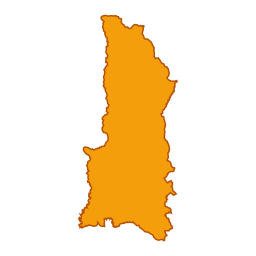 outline of Muhanga, Southern, Rwanda
{"feature_id": "39286606B71619932434084", "entity_name": "Muhanga", "entity_type": "district", "adm_level": 2, "iso_a3": "RWA", "parent_name": "Rwanda", "parent_adm1": "Southern", "projection": "robinson", "projection_center": [29.724, -1.939], "detail": "fine", "context": "isolated", "style": "filled", "palette": "amber", "viewbox_px": 256, "rotation_deg": 0, "n_neighbors": 0, "source": "geoboundaries", "source_scale": "gbopen_adm2", "svg_char_len": 5868}
<svg xmlns="http://www.w3.org/2000/svg" viewBox="0 0 256 256"><path d="M170.6,223.2L169.1,221.5L169.3,220.8L168.8,220.2L169.0,219.9L168.5,218.5L168.1,218.3L167.3,218.6L166.3,216.9L164.9,215.8L165.3,214.8L165.9,215.0L166.0,213.5L168.7,213.1L169.0,211.9L171.3,213.1L170.7,210.7L170.9,209.4L169.8,208.2L168.3,207.8L167.3,207.0L165.4,206.5L165.0,205.9L165.1,204.3L164.6,203.9L164.9,202.5L166.2,201.3L166.5,201.5L166.7,200.4L166.5,199.9L167.2,199.3L166.6,198.8L166.9,198.6L166.6,197.6L166.2,197.4L167.0,196.5L166.3,196.4L167.6,194.9L168.5,194.6L170.4,192.6L173.5,195.1L174.3,194.6L174.7,194.8L175.4,193.9L176.1,193.8L174.8,192.3L173.1,191.0L172.7,190.2L172.4,187.5L171.2,186.5L171.8,186.1L172.5,184.7L172.4,182.4L170.8,181.7L171.0,180.8L169.1,181.5L168.2,182.6L167.4,182.8L164.1,178.2L166.3,176.8L167.6,174.3L167.5,173.7L168.1,173.7L168.2,173.1L169.3,172.1L171.3,171.4L172.1,171.6L173.7,171.1L174.6,168.8L174.5,167.8L172.4,167.5L171.3,165.9L171.5,165.4L170.8,164.0L170.6,162.5L168.7,160.9L167.7,160.9L167.4,160.6L167.4,158.9L168.4,157.6L167.9,153.1L169.1,151.6L168.9,150.1L169.4,149.6L169.5,148.8L168.9,145.7L167.9,143.1L167.4,142.8L167.2,141.3L165.4,140.3L165.4,139.4L164.2,137.9L164.7,135.1L164.3,134.6L164.9,132.5L164.4,128.8L165.1,126.8L165.0,126.3L165.5,125.6L165.2,125.0L165.4,123.8L163.8,118.5L163.7,116.7L161.8,116.3L161.1,113.8L162.6,113.3L162.6,110.9L163.2,109.9L164.3,109.4L164.4,108.5L165.8,107.0L166.3,105.8L166.2,104.2L167.2,104.0L167.2,102.8L168.0,102.3L168.2,101.2L167.9,100.3L169.4,100.1L169.4,98.2L170.2,97.8L169.8,97.2L171.2,95.5L171.1,94.5L171.7,93.8L172.6,93.9L172.9,91.8L174.1,91.7L174.3,90.8L173.8,88.9L174.5,87.9L174.2,87.0L174.9,86.8L174.7,85.8L175.0,84.8L174.6,83.8L175.0,83.1L177.1,81.5L176.7,80.6L174.2,81.3L171.2,81.1L169.2,80.3L167.5,78.8L167.1,77.9L167.2,77.1L168.5,76.0L169.2,73.8L168.3,68.9L167.6,68.6L167.0,67.0L164.7,66.4L163.8,64.0L162.0,63.4L158.3,57.9L155.3,58.4L154.1,56.4L154.4,53.4L153.8,49.6L154.3,48.0L153.0,46.1L151.4,42.4L147.8,39.2L144.9,38.9L144.2,38.2L143.4,35.6L142.1,33.5L143.2,29.7L143.1,27.7L143.9,26.6L143.8,25.9L143.1,25.6L142.2,26.4L140.8,25.5L139.2,26.3L136.9,24.7L134.5,24.6L132.8,25.9L130.9,28.3L129.2,28.6L127.3,26.9L125.8,27.4L124.9,26.6L124.0,25.0L122.5,24.1L121.4,22.6L121.4,18.9L119.2,18.2L118.5,17.7L118.3,16.7L116.9,16.6L116.1,15.8L115.2,15.6L113.8,16.1L111.7,15.7L107.9,16.1L105.5,15.4L102.8,16.0L101.6,16.7L101.1,17.4L101.5,19.5L104.0,21.4L103.0,23.2L103.2,24.8L102.6,27.4L103.3,28.7L103.7,30.8L104.7,32.1L105.4,32.4L104.8,33.9L106.2,37.5L106.9,37.8L107.1,38.4L107.0,41.6L107.9,41.6L108.0,42.4L107.4,43.4L108.0,45.7L107.5,46.6L106.5,46.3L106.2,46.9L106.4,49.0L105.9,52.5L107.7,55.3L107.4,56.2L107.5,57.7L106.1,57.8L105.8,62.3L106.9,62.2L107.6,65.0L106.6,65.6L106.2,66.7L105.4,67.1L105.0,68.9L104.0,69.5L105.0,72.3L104.5,73.4L104.5,75.0L103.7,76.3L103.7,78.1L104.4,80.0L103.5,81.5L104.0,84.3L103.3,86.0L104.2,86.7L104.2,87.9L105.3,88.2L105.5,88.6L105.2,90.0L105.3,90.6L107.0,94.0L107.0,96.1L105.9,98.4L107.0,99.6L107.8,103.7L108.9,105.0L108.0,107.1L108.0,107.7L106.7,107.7L106.5,107.9L106.7,110.0L106.4,111.3L107.9,112.8L107.3,113.5L106.8,114.7L105.5,114.7L104.6,115.3L102.3,117.8L102.4,119.5L103.6,120.2L102.5,122.8L103.6,125.7L102.1,127.8L102.5,131.0L102.9,131.1L103.8,132.6L104.9,132.5L106.9,133.6L107.8,135.6L108.2,139.3L107.7,140.9L105.9,142.6L104.5,146.1L101.8,146.4L101.1,147.3L99.6,147.2L99.1,148.5L97.5,148.1L96.5,149.0L95.3,149.0L94.7,149.7L93.8,150.0L92.4,148.9L91.6,149.5L87.5,147.4L86.5,147.5L85.2,146.9L84.5,147.2L83.6,148.2L83.5,150.4L85.4,153.1L86.3,153.6L86.9,154.5L88.2,154.8L89.4,155.9L89.8,156.8L89.7,157.7L90.3,158.1L90.5,158.7L90.4,159.6L89.8,160.1L89.4,161.0L88.6,161.0L87.9,161.7L87.6,163.7L87.1,165.2L86.6,165.5L87.3,166.4L87.8,169.7L89.0,170.5L88.8,171.4L87.9,171.4L87.7,172.2L86.5,173.2L87.9,174.4L88.4,176.1L87.8,177.3L88.6,179.4L87.7,180.8L87.7,181.9L87.9,182.3L89.4,182.4L89.6,184.5L90.4,184.5L90.3,186.1L91.4,187.1L91.7,188.2L91.5,188.9L90.6,189.5L90.8,190.2L90.0,191.1L90.6,193.3L90.0,193.7L89.1,193.4L89.2,194.3L88.7,195.0L88.8,196.1L89.6,196.4L89.2,197.2L90.7,197.7L90.1,198.9L88.9,199.2L88.2,200.6L88.5,202.1L89.3,202.4L88.9,203.2L89.0,204.3L88.4,204.8L87.4,204.1L86.9,204.7L86.6,205.5L87.2,207.5L86.3,206.7L85.7,207.9L84.7,207.8L84.0,210.1L83.0,209.6L82.2,210.1L82.5,211.7L83.9,211.7L83.7,213.0L81.9,213.4L81.9,214.3L81.5,215.3L80.4,214.6L81.3,216.7L80.9,219.5L80.2,219.8L79.9,219.5L79.8,217.9L79.4,217.5L78.9,218.5L79.0,219.6L80.0,220.2L79.9,221.1L80.6,221.4L81.3,221.1L82.2,223.1L81.8,223.6L80.6,223.4L80.5,224.3L79.1,224.5L79.0,225.4L80.0,226.7L80.1,227.3L80.4,226.9L81.4,227.1L81.6,226.7L81.8,227.8L82.1,227.9L84.5,226.4L85.0,226.5L85.4,225.7L86.2,226.1L87.1,226.0L88.4,225.1L89.4,225.5L90.7,225.2L93.2,226.2L94.4,226.1L96.3,225.8L96.9,225.2L97.9,223.5L97.8,222.4L99.8,225.2L101.1,226.1L104.6,226.4L104.2,223.7L104.5,221.5L104.2,218.9L105.0,218.5L105.0,218.8L106.3,219.0L106.5,219.6L106.9,219.1L107.0,219.4L107.1,218.6L107.6,218.0L108.5,218.4L110.1,218.4L110.1,218.9L110.4,218.5L110.2,218.1L111.0,218.1L110.9,218.9L112.2,219.2L112.7,220.0L112.0,221.3L112.4,221.3L112.4,222.0L112.9,222.4L111.9,222.3L111.9,222.8L113.4,225.2L113.0,226.0L114.1,226.4L113.9,226.8L115.1,227.3L115.5,227.1L115.5,226.6L116.2,226.4L116.8,226.8L117.7,226.7L117.8,226.2L119.0,226.2L119.1,225.2L119.8,224.8L120.0,224.0L120.5,223.6L122.2,223.6L123.0,222.9L124.4,223.4L125.4,222.5L126.4,222.4L127.3,221.9L127.7,222.5L130.3,222.1L132.1,222.7L132.9,222.1L136.9,225.6L138.9,225.5L139.7,227.5L142.7,229.6L145.0,231.7L148.4,232.3L149.6,233.4L152.7,234.8L153.9,237.3L156.1,239.4L158.8,240.2L161.1,239.4L162.4,239.8L162.8,239.5L163.7,240.6L164.5,240.3L164.7,239.4L164.5,237.9L165.3,236.5L166.9,235.4L165.4,233.2L164.8,231.4L164.9,230.7L168.9,230.8L170.4,228.8L171.6,228.8L171.8,228.2L172.4,228.1L172.0,226.1L171.5,226.1L170.4,224.1L170.6,223.2Z" fill="#f59e0b" stroke="#b45309" stroke-width="1.5"/></svg>